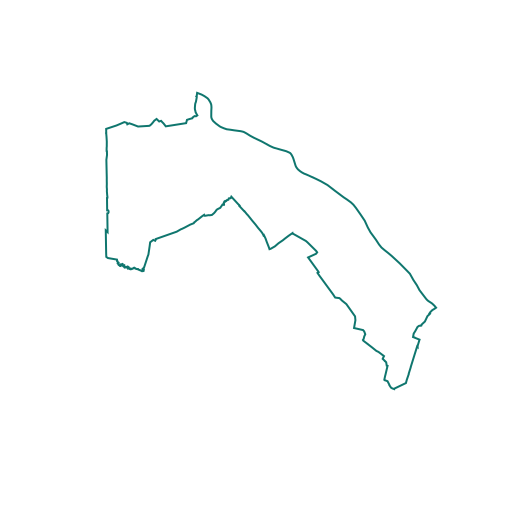 the district of Līksnas pag., Daugavpils, Latvia, rotated 150°
{"feature_id": "27541924B33833880746459", "entity_name": "Līksnas pag.", "entity_type": "district", "adm_level": 2, "iso_a3": "LVA", "parent_name": "Latvia", "parent_adm1": "Daugavpils", "projection": "orthographic", "projection_center": [26.497, 56.013], "detail": "fine", "context": "isolated", "style": "outline", "palette": "teal", "viewbox_px": 512, "rotation_deg": 150, "n_neighbors": 0, "source": "geoboundaries", "source_scale": "gbopen_adm2", "svg_char_len": 5851}
<svg xmlns="http://www.w3.org/2000/svg" viewBox="0 0 512 512"><g transform="rotate(150 256 256)"><path d="M292.8,316.0L291.6,316.1L289.4,316.6L288.2,316.6L282.7,317.4L280.3,317.6L280.4,316.6L279.5,316.1L276.7,315.1L275.7,314.4L273.7,313.6L270.9,314.1L268.9,314.8L267.5,315.5L266.2,315.8L262.8,315.6L262.3,315.9L260.7,316.6L259.1,317.4L258.7,317.3L258.5,317.0L258.5,316.6L258.4,316.4L258.2,316.3L257.9,316.6L257.2,318.3L256.9,318.6L256.5,318.7L255.6,318.4L255.4,318.5L255.4,319.1L255.0,319.1L254.4,318.5L253.9,318.6L253.0,319.0L252.2,318.6L251.8,318.5L251.4,318.8L250.9,319.4L250.8,319.5L250.3,319.4L249.3,318.8L248.9,318.8L247.7,319.7L245.5,309.8L245.1,308.6L245.0,307.7L245.4,307.6L243.8,300.6L243.6,300.6L243.0,296.8L242.6,295.2L241.6,288.5L240.7,283.5L240.4,281.2L240.2,279.6L239.3,274.6L239.1,272.8L239.1,270.7L239.2,270.1L238.7,270.2L239.0,266.3L239.6,263.1L240.5,257.1L240.9,255.2L240.2,255.1L239.9,254.9L234.8,254.9L230.1,255.8L224.8,256.2L222.4,256.6L217.7,257.2L212.9,257.6L213.1,256.9L212.7,256.6L210.5,252.9L205.3,244.1L204.6,242.1L201.4,230.4L201.2,228.6L202.9,227.9L211.6,228.7L209.9,212.3L209.8,210.7L211.2,210.6L210.9,206.8L210.5,203.3L208.4,183.9L208.3,181.4L208.2,180.4L204.8,177.8L204.3,176.4L204.1,175.4L203.7,174.1L201.8,169.2L200.4,154.2L202.0,150.7L207.1,144.6L200.3,138.3L200.0,136.6L200.5,133.6L202.5,132.2L204.2,130.4L205.4,129.8L205.4,129.7L205.4,129.0L201.2,118.8L199.2,113.6L197.9,111.7L195.2,105.3L196.3,104.6L197.7,103.6L197.0,101.2L197.0,100.9L196.9,100.9L196.4,98.9L197.6,95.7L197.0,95.1L203.1,88.6L204.2,87.5L206.1,85.4L206.8,84.6L206.6,84.0L206.4,83.9L206.0,83.4L204.7,81.8L204.9,77.8L205.1,77.5L204.9,74.5L204.7,74.1L204.1,73.1L202.9,71.7L202.7,72.0L189.7,71.0L187.3,73.4L182.7,77.4L182.6,77.7L177.6,82.3L177.5,82.5L161.7,97.1L161.5,96.4L161.0,97.3L156.2,101.8L159.8,106.4L159.7,106.5L160.5,107.3L158.2,110.0L157.6,110.3L155.5,111.4L151.6,113.8L149.8,114.0L149.3,113.9L148.0,113.1L147.5,113.1L147.0,113.8L142.5,114.8L137.6,118.2L137.3,118.3L136.8,118.4L134.9,118.8L134.3,119.0L134.6,119.5L133.2,120.2L130.3,121.0L128.2,121.0L125.9,121.2L126.3,123.6L126.9,125.7L127.4,127.2L129.3,130.9L129.8,132.4L130.1,133.8L131.5,144.6L131.3,150.2L131.7,156.5L131.6,163.7L132.4,166.9L135.2,177.7L138.5,188.3L140.1,192.7L141.7,196.7L143.1,200.6L143.7,204.5L144.0,210.0L144.5,214.8L145.0,219.2L144.9,224.9L144.2,232.2L144.7,239.6L145.4,247.6L146.0,251.7L147.0,255.0L149.0,259.5L150.7,262.9L154.9,272.7L158.6,281.7L162.4,288.2L165.4,292.7L166.6,294.4L171.7,301.5L173.1,303.2L174.5,305.5L175.5,307.6L176.4,310.2L176.7,312.6L176.6,314.3L175.0,321.4L174.7,323.2L174.6,325.9L174.7,327.0L174.9,328.0L175.5,329.0L177.4,331.6L185.7,340.1L186.7,341.2L189.0,344.4L193.7,352.2L198.6,359.3L200.9,363.0L202.9,366.8L204.1,368.8L204.7,369.7L205.6,370.6L206.8,371.7L212.0,375.7L215.1,378.2L218.0,380.4L219.9,382.6L221.8,385.1L222.6,386.4L224.5,390.8L225.6,394.3L225.7,395.7L225.7,396.8L225.5,398.0L225.0,399.2L222.1,404.1L220.3,406.9L219.5,408.5L219.0,409.8L218.7,411.9L218.8,415.3L219.1,416.8L220.7,420.2L222.4,423.0L225.4,426.7L227.2,424.4L227.8,424.1L227.6,423.7L228.1,422.9L230.9,419.6L231.9,418.8L232.7,418.0L235.0,414.7L235.7,413.2L236.0,411.9L236.4,410.8L236.5,408.8L236.5,407.1L238.1,407.0L239.3,407.9L241.7,407.6L242.1,407.2L242.3,407.1L244.8,407.8L247.7,408.4L250.1,406.0L269.3,413.4L269.8,417.1L270.2,418.5L270.6,420.5L272.6,420.9L273.6,424.4L275.7,424.1L276.3,424.1L279.0,423.0L280.0,422.7L280.7,422.4L283.0,422.0L283.8,422.3L293.4,427.1L297.2,431.8L299.4,434.3L301.6,434.4L301.3,435.9L303.1,437.8L305.9,438.1L311.6,438.8L322.2,441.0L323.6,438.5L324.3,437.5L324.2,437.4L324.4,437.1L325.8,434.1L328.0,429.7L330.4,425.6L331.3,424.3L332.9,421.6L332.7,421.3L334.5,418.0L337.5,414.1L346.1,398.4L347.5,396.0L349.1,393.1L350.7,390.5L351.8,388.2L352.8,386.6L354.5,383.0L355.2,381.3L355.6,380.7L356.0,380.8L362.0,370.1L361.4,369.9L361.2,368.8L361.7,367.7L362.6,367.0L363.5,367.2L372.6,350.9L373.3,353.3L384.4,333.3L386.1,330.1L385.3,328.3L378.2,322.4L378.8,321.2L378.7,321.1L378.6,320.9L378.8,320.7L378.6,319.4L378.4,319.2L378.3,318.9L378.4,318.6L378.6,318.4L378.9,318.5L379.0,318.6L378.9,318.9L378.9,319.0L379.1,319.1L379.4,319.0L379.5,318.9L379.5,318.7L379.4,318.3L379.3,317.5L379.3,317.2L379.4,316.9L379.1,316.4L378.6,316.2L378.9,316.1L378.8,315.4L378.4,315.1L378.1,315.6L377.8,315.7L377.7,316.2L377.4,316.4L377.0,316.3L376.6,315.7L376.5,315.3L376.2,315.4L375.9,315.9L375.6,315.9L375.5,315.7L375.9,314.9L376.1,314.8L376.4,314.8L376.5,314.7L376.4,314.4L375.6,314.4L375.3,314.0L374.9,313.9L375.2,313.5L375.4,313.5L375.6,313.6L375.7,313.9L376.0,313.8L376.0,313.2L375.7,312.8L375.7,312.5L375.6,312.2L375.6,311.9L375.6,311.7L375.1,311.5L374.8,311.6L374.6,312.0L374.4,312.0L374.3,311.8L374.1,310.9L373.5,310.8L373.4,311.1L372.7,311.2L372.4,311.1L372.3,310.9L372.7,310.6L372.9,310.6L373.0,310.5L372.9,310.0L373.0,309.9L373.1,309.5L372.5,309.6L372.4,309.5L372.5,309.3L372.6,309.2L372.7,308.9L372.3,308.4L371.9,308.7L371.9,308.4L372.0,308.2L371.8,307.9L371.5,308.2L371.0,308.0L370.9,307.8L371.2,307.5L371.3,307.3L371.2,307.2L370.5,306.9L370.0,306.9L369.7,307.0L369.2,306.6L368.7,306.7L368.5,306.8L368.2,306.9L367.3,306.8L367.0,306.4L367.0,306.1L366.9,305.6L366.6,305.5L366.3,305.0L366.3,304.8L366.2,304.6L365.6,304.2L364.8,303.8L364.7,303.7L364.8,303.5L364.8,303.3L364.7,303.0L364.2,302.6L364.0,302.2L363.6,301.9L363.5,301.5L362.6,300.4L362.5,300.0L362.3,299.8L361.1,299.3L360.7,299.3L360.6,299.5L361.1,299.7L361.2,299.9L361.1,300.2L361.1,300.4L361.1,300.5L360.7,300.6L360.1,300.2L359.9,300.4L360.0,300.6L360.5,300.9L361.1,301.0L360.8,301.5L360.7,301.6L360.2,301.6L359.5,301.7L359.1,302.0L358.8,301.9L350.0,309.8L348.5,311.0L343.1,317.8L340.8,320.8L336.9,321.3L335.7,319.6L334.4,320.4L334.3,320.8L312.5,316.7L307.8,316.7L306.5,316.5L303.8,316.3L298.3,316.1L297.5,316.1L293.5,315.5L292.8,316.0Z" fill="none" stroke="#0f766e" stroke-width="2"/></g></svg>